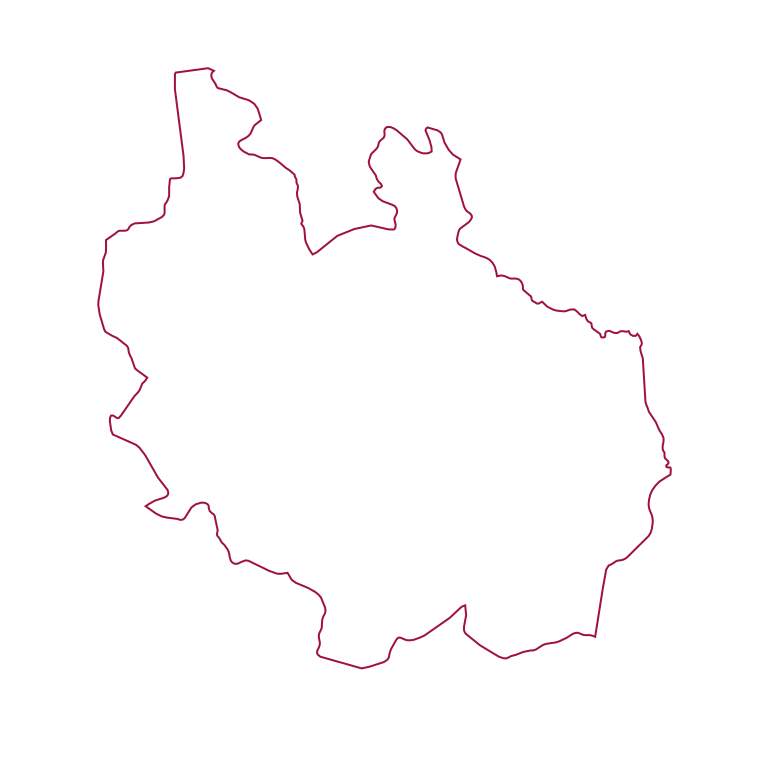 Centre, orthographic projection, rotated 99°
{"feature_id": "CMR-1480", "entity_name": "Centre", "entity_type": "Province", "adm_level": 1, "iso_a3": "CMR", "parent_name": "Cameroon", "parent_adm1": "", "projection": "orthographic", "projection_center": [11.575, 4.696], "detail": "fine", "context": "isolated", "style": "outline", "palette": "rose", "viewbox_px": 768, "rotation_deg": 99, "n_neighbors": 0, "source": "natural_earth", "source_scale": "10m", "svg_char_len": 6134}
<svg xmlns="http://www.w3.org/2000/svg" viewBox="0 0 768 768"><g transform="rotate(99 384 384)"><path d="M428.8,86.9L431.0,89.7L437.1,96.5L441.5,99.7L445.9,102.0L448.4,102.9L451.7,103.7L456.4,104.1L460.8,103.9L462.9,103.5L465.0,102.8L467.2,101.7L471.6,99.0L474.7,97.7L478.6,96.9L485.6,96.8L489.5,97.5L492.7,98.8L516.8,116.5L518.7,118.3L520.1,120.3L521.0,122.4L522.0,125.9L522.8,127.1L526.0,130.6L527.4,132.4L528.1,133.7L532.5,135.5L552.1,135.9L600.7,135.9L600.1,138.2L599.8,141.4L600.5,145.3L600.7,147.4L599.4,153.6L599.5,154.5L600.1,156.3L601.2,158.4L606.3,164.1L611.0,171.1L612.4,174.0L615.1,182.6L616.0,184.6L617.3,186.7L622.3,192.2L623.0,193.3L623.7,194.8L624.3,197.7L627.0,204.8L630.8,211.2L632.7,215.6L635.8,220.0L636.2,223.1L635.3,228.0L627.1,248.2L618.2,263.6L616.9,265.2L614.6,266.5L611.4,267.0L599.5,266.7L589.9,269.2L591.9,272.5L604.7,282.5L626.1,304.7L628.6,308.4L632.1,314.8L633.2,318.6L633.5,321.6L632.6,325.8L632.1,326.9L632.0,328.6L632.4,330.4L634.8,331.9L644.5,335.5L646.8,336.0L649.1,336.3L653.5,336.5L655.9,337.6L658.7,340.7L665.6,354.4L668.4,361.6L663.3,404.3L661.5,407.2L659.9,408.1L657.9,408.2L653.7,406.9L651.5,406.7L649.4,406.9L645.1,408.5L642.7,409.0L640.5,409.0L636.0,407.6L633.7,407.4L628.7,408.0L626.0,408.1L622.5,407.4L620.8,406.7L619.3,406.4L617.9,406.2L615.9,406.6L613.7,407.4L604.8,412.8L602.5,415.4L600.2,419.3L597.3,427.1L594.2,439.9L591.8,444.6L585.6,449.7L587.6,456.1L587.9,458.2L588.0,460.4L586.5,468.3L579.8,490.2L579.9,493.2L581.9,496.8L584.1,500.0L584.7,501.6L584.9,503.6L584.1,505.7L582.7,507.5L579.0,509.4L577.0,509.9L574.1,511.1L571.7,512.8L567.9,516.5L565.9,519.5L561.7,522.8L560.0,524.9L558.6,525.5L554.4,525.4L543.0,529.8L541.6,530.2L540.4,530.9L539.4,531.8L538.4,533.9L536.7,536.3L533.4,537.9L532.2,537.9L531.6,538.3L530.4,539.3L529.6,541.3L529.4,543.5L529.8,546.0L532.3,551.2L536.1,554.9L547.5,559.8L549.2,561.2L550.1,563.7L549.6,567.1L549.9,578.2L549.5,583.0L547.7,588.8L542.0,600.3L539.1,597.2L535.2,592.3L530.6,583.3L529.3,581.6L528.4,580.8L526.8,580.0L524.8,580.1L522.5,581.2L511.9,592.5L491.7,608.7L485.1,615.6L482.8,619.6L476.3,643.9L472.5,646.2L463.4,649.0L460.1,649.3L457.9,648.7L457.5,646.5L459.4,642.4L459.2,640.8L456.4,638.9L435.0,628.6L430.7,625.6L428.2,624.4L421.6,622.9L418.3,620.4L414.8,618.8L408.7,630.6L407.3,632.5L398.6,637.1L394.9,639.7L392.6,641.0L388.4,642.3L386.4,644.1L380.3,655.0L378.8,660.3L376.0,667.3L373.9,668.9L359.7,675.7L350.5,678.6L346.2,679.0L316.6,678.8L308.7,680.5L305.6,680.8L297.6,679.3L292.4,679.9L285.3,681.1L277.3,672.8L275.0,670.9L274.0,669.1L273.1,663.6L272.2,661.6L270.5,660.5L268.5,659.9L266.4,658.3L264.4,655.4L261.2,641.2L259.2,636.4L253.6,629.3L251.1,627.6L249.1,627.5L243.1,628.5L240.9,628.6L239.2,627.6L236.5,626.5L232.2,625.6L223.2,627.0L215.2,627.4L214.2,626.4L213.5,622.1L212.4,618.1L211.5,616.6L210.0,615.5L206.5,615.0L202.4,615.1L190.0,617.7L125.3,636.7L110.4,639.0L109.0,638.4L99.6,607.1L101.3,601.0L102.5,602.1L104.2,602.8L105.2,602.9L106.5,602.8L108.3,602.2L109.3,601.6L114.0,597.4L116.5,595.8L117.7,594.4L118.5,585.4L119.4,582.2L123.5,571.7L124.7,562.8L125.4,560.5L127.6,555.9L132.0,551.7L142.5,546.6L148.1,551.8L149.4,552.7L151.2,553.3L157.5,555.0L160.2,556.7L162.3,558.8L165.6,563.2L167.2,564.9L169.3,565.6L171.3,565.0L173.4,563.5L174.9,561.5L176.3,559.1L178.3,553.3L177.8,548.3L179.7,541.0L179.8,539.3L179.5,536.7L178.5,531.7L178.4,529.4L179.5,525.9L181.5,522.0L185.9,514.8L187.6,510.9L191.3,505.0L192.9,504.6L195.4,502.7L196.6,502.3L198.7,502.0L199.9,501.3L200.9,500.5L202.3,499.9L204.4,499.7L208.8,499.9L212.6,498.9L219.4,495.4L228.1,493.6L235.5,490.0L238.7,490.8L241.1,488.3L243.5,486.9L253.7,484.4L255.1,483.8L256.9,482.9L262.7,478.9L267.2,474.8L264.6,471.1L245.0,453.3L235.6,437.6L229.4,421.5L230.6,403.8L229.9,398.4L228.2,397.3L226.5,397.3L224.5,397.5L220.9,399.1L219.4,399.6L217.3,399.3L215.2,398.5L212.9,398.0L210.5,398.2L208.4,399.3L206.6,401.1L205.7,404.0L203.7,413.8L201.4,418.6L195.8,424.2L192.7,422.9L191.3,421.3L190.8,419.0L190.1,417.6L188.7,417.0L186.7,418.6L184.9,421.2L182.4,423.3L179.3,424.7L171.7,431.9L169.0,433.1L166.6,433.9L159.0,432.7L153.1,428.4L151.2,427.4L149.8,427.1L146.3,426.8L144.4,425.9L140.8,422.8L138.8,422.3L136.7,422.6L134.5,423.2L132.5,423.2L130.8,422.4L130.0,421.5L129.6,420.8L129.4,419.6L129.2,417.8L129.9,414.8L131.3,411.4L138.7,399.3L147.0,390.7L148.3,388.8L149.1,386.8L149.8,383.6L150.0,381.3L149.7,378.8L149.0,376.1L146.9,373.3L142.6,374.2L136.2,377.1L127.0,382.7L125.1,382.3L123.8,381.1L125.1,370.9L126.7,367.3L128.4,365.8L136.2,361.9L142.6,356.7L146.6,351.9L150.2,343.5L164.3,346.1L167.0,345.9L169.9,345.3L196.0,332.8L198.0,331.5L199.8,329.9L200.9,328.1L202.0,325.8L202.5,325.1L204.0,323.7L205.9,323.2L208.6,324.2L210.9,325.6L218.9,333.4L221.4,334.1L225.5,334.5L230.1,334.5L232.2,333.6L234.1,332.1L236.2,327.0L236.6,325.5L240.6,315.0L242.4,308.5L243.1,304.0L243.8,301.6L244.9,298.9L247.7,295.4L250.9,292.9L255.9,290.6L259.9,289.2L258.5,285.4L258.4,283.2L258.6,281.6L260.0,276.2L260.0,275.0L259.3,270.8L259.3,268.4L259.8,266.9L260.6,265.5L262.9,263.4L264.5,262.6L265.8,262.1L268.0,261.8L268.8,261.5L269.8,260.3L274.6,252.4L277.8,251.2L278.5,250.6L279.0,249.7L279.7,247.6L280.3,246.4L280.6,245.2L280.5,244.2L278.0,240.7L281.7,235.4L282.4,233.9L284.1,228.5L284.5,225.3L284.2,218.4L283.8,216.4L283.4,215.5L281.2,211.4L281.1,210.0L280.5,207.9L282.0,205.0L284.4,201.8L285.9,198.8L284.3,196.2L288.5,194.0L290.2,192.3L291.5,188.8L293.0,188.2L294.7,187.8L296.1,187.0L297.1,185.5L300.7,178.4L303.4,177.1L304.0,176.0L303.2,173.3L301.4,173.0L299.3,173.4L297.5,172.8L296.3,170.4L296.4,168.6L297.1,166.7L297.5,164.3L297.2,161.8L296.4,160.4L295.5,159.5L294.8,158.4L294.5,156.2L294.4,152.5L293.5,150.6L296.3,148.7L297.5,145.7L297.1,142.9L294.8,141.6L296.6,139.6L299.7,137.4L302.8,135.8L304.6,135.7L307.7,136.8L311.5,135.7L318.2,132.4L361.0,122.9L364.1,121.3L365.6,120.3L370.0,118.0L379.1,109.6L386.6,104.8L390.1,101.7L393.7,99.4L397.5,98.9L401.4,99.1L405.0,98.5L406.2,97.8L407.0,96.9L408.3,96.1L410.9,95.8L413.2,95.0L415.8,91.4L417.3,90.6L418.8,91.1L419.5,91.9L420.2,92.5L421.8,92.0L422.0,91.3L421.7,88.7L421.8,88.0L423.8,87.3L428.8,86.9Z" fill="none" stroke="#9f1239" stroke-width="2"/></g></svg>